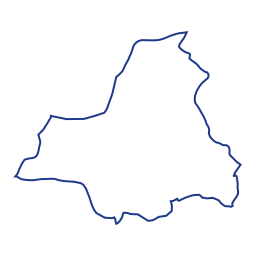 the district of Mustaba, Hajjah, Yemen
{"feature_id": "15242507B50063200488288", "entity_name": "Mustaba", "entity_type": "district", "adm_level": 2, "iso_a3": "YEM", "parent_name": "Yemen", "parent_adm1": "Hajjah", "projection": "mercator", "projection_center": [43.275, 16.274], "detail": "fine", "context": "isolated", "style": "outline", "palette": "blue", "viewbox_px": 256, "rotation_deg": 0, "n_neighbors": 0, "source": "geoboundaries", "source_scale": "gbopen_adm2", "svg_char_len": 3718}
<svg xmlns="http://www.w3.org/2000/svg" viewBox="0 0 256 256"><path d="M140.9,40.3L140.5,40.4L138.5,41.1L136.7,42.2L135.1,43.6L133.9,45.2L133.1,47.2L132.5,49.2L131.8,51.2L131.1,53.3L130.1,55.4L129.1,57.6L128.4,59.5L127.4,61.2L126.3,63.2L125.1,65.4L124.3,67.3L123.4,69.2L122.5,71.1L119.1,74.6L116.6,76.7L116.3,76.9L112.5,93.0L111.9,95.0L111.1,97.3L110.3,99.4L109.5,101.6L108.6,104.1L108.0,105.9L107.1,108.3L106.2,110.0L105.0,111.8L104.4,112.7L95.1,115.8L84.1,118.9L66.3,119.1L65.0,118.8L50.8,115.9L50.9,117.3L49.7,119.2L48.6,121.1L47.2,123.6L45.9,125.5L45.7,125.7L44.6,127.6L43.7,129.2L38.4,134.6L40.3,141.8L40.0,144.0L39.5,146.1L39.2,147.1L39.0,148.0L38.7,150.0L38.2,152.0L37.4,154.4L36.3,156.1L34.6,157.3L32.7,158.0L30.6,158.2L28.6,158.6L26.5,159.1L24.6,159.7L23.4,161.4L22.3,163.1L21.3,165.0L20.3,167.0L19.4,169.0L18.7,170.9L17.9,172.9L16.9,174.6L15.6,176.1L15.4,176.4L16.0,176.3L17.9,177.1L19.6,178.3L21.7,179.2L23.7,179.6L26.3,179.9L28.4,180.1L30.9,180.2L31.1,180.2L33.3,180.2L35.6,179.9L37.9,179.5L40.7,179.2L43.4,179.0L45.9,179.0L48.0,178.9L50.5,178.8L52.7,178.8L55.0,178.9L57.0,179.6L59.2,180.2L61.2,180.6L63.2,180.9L65.3,181.2L67.3,181.3L69.7,181.5L71.8,181.6L74.2,181.8L76.1,182.2L78.2,182.6L80.1,183.0L82.0,183.8L83.6,185.1L84.8,186.9L85.9,188.6L86.7,190.4L87.5,192.5L88.2,194.4L89.1,196.4L89.7,198.3L90.3,200.2L90.9,202.1L91.6,204.1L92.3,206.1L93.2,208.0L94.2,210.0L95.3,211.6L96.6,213.2L99.9,215.0L104.8,217.7L112.2,218.2L114.1,217.4L115.2,218.9L116.1,223.7L117.5,223.3L119.4,221.4L121.2,218.8L122.2,217.1L122.7,214.8L123.6,212.8L125.9,212.8L128.2,213.2L130.3,214.0L138.0,214.4L147.9,220.7L148.5,220.8L149.1,220.7L150.6,220.6L152.7,220.2L155.0,219.1L157.2,217.8L159.1,216.8L166.2,215.8L171.7,211.0L171.9,206.1L171.9,205.7L170.8,201.2L173.4,200.9L175.2,199.8L176.4,199.1L177.2,198.8L177.4,199.3L177.4,199.8L179.0,200.8L180.8,199.8L182.8,198.9L184.9,197.9L185.7,197.6L186.9,197.2L188.9,196.5L190.4,196.0L190.9,195.8L192.9,195.3L195.0,195.0L197.3,194.9L199.3,194.8L200.9,196.1L202.3,197.7L204.3,197.8L206.0,198.3L208.1,198.3L210.6,198.0L213.2,198.0L218.7,200.3L219.4,201.1L221.0,203.3L222.2,204.1L224.9,206.1L227.0,206.3L229.0,206.3L231.0,206.8L232.6,206.0L232.3,204.6L232.6,202.6L233.8,200.7L234.9,199.0L236.1,197.4L237.2,195.6L237.9,193.7L238.0,193.4L238.1,191.6L237.8,189.4L237.6,187.8L237.5,187.3L237.6,185.3L237.8,184.4L236.9,177.9L236.7,176.4L235.9,175.7L235.4,175.4L234.9,175.6L234.4,176.0L233.9,176.0L233.8,175.8L235.0,172.6L240.6,164.7L238.9,163.5L237.1,162.2L235.6,160.8L234.2,159.3L232.6,157.8L231.2,156.3L229.8,154.9L229.4,152.9L229.6,150.4L229.3,148.2L228.2,146.3L226.3,145.2L225.9,145.2L224.3,145.2L222.8,145.1L222.0,144.6L220.4,143.7L218.9,143.0L217.3,142.7L215.2,141.9L213.7,140.6L212.1,139.1L210.6,137.5L210.3,137.0L209.6,135.6L208.9,133.3L209.2,130.8L208.9,128.4L208.1,126.3L206.8,124.5L206.1,122.6L205.5,120.7L204.7,118.9L203.6,116.6L202.6,114.7L201.5,112.9L200.5,111.1L199.6,109.3L198.5,107.6L197.4,105.9L196.1,104.2L195.1,102.4L194.8,100.1L194.8,98.1L195.1,95.8L195.7,93.9L196.5,91.5L197.5,89.6L198.6,87.8L199.6,86.1L201.0,84.3L201.2,84.1L202.5,82.7L204.0,81.3L205.7,79.9L206.0,79.7L207.6,78.3L208.5,76.3L208.4,74.1L207.1,72.4L205.0,71.8L200.7,68.8L198.5,66.1L196.3,63.7L191.7,60.4L189.4,58.5L189.8,56.1L189.9,54.2L189.1,53.4L185.5,52.2L183.6,51.0L181.6,49.7L180.2,48.3L179.3,47.0L179.0,46.6L179.4,44.6L180.5,42.9L181.6,41.3L182.8,39.6L184.0,37.9L184.9,36.2L185.9,34.1L186.7,32.3L185.1,32.5L183.0,32.8L180.9,33.0L178.8,33.3L176.8,33.8L174.9,34.3L174.7,34.4L172.5,35.1L170.2,35.9L167.9,36.9L165.9,37.7L164.0,38.5L162.0,39.1L159.9,39.7L157.9,40.1L155.7,40.2L153.7,40.3L151.7,40.3L149.6,40.3L147.2,40.2L144.8,40.2L142.6,40.1L140.9,40.3Z" fill="none" stroke="#1e3a8a" stroke-width="2"/></svg>